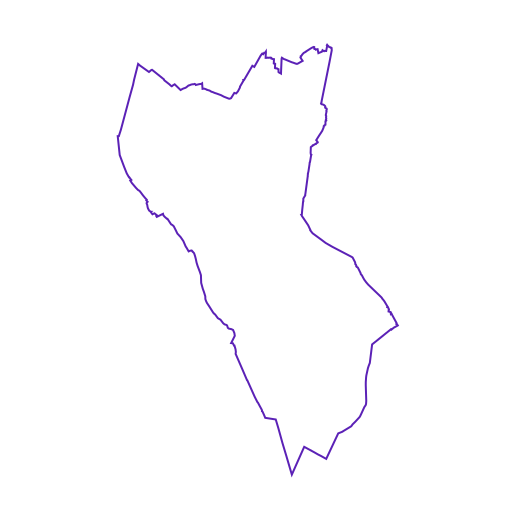 the district of Opsterland, Friesland, Netherlands, rotated 94°
{"feature_id": "6326949B72707200000476", "entity_name": "Opsterland", "entity_type": "district", "adm_level": 2, "iso_a3": "NLD", "parent_name": "Netherlands", "parent_adm1": "Friesland", "projection": "albers", "projection_center": [6.082, 53.047], "detail": "fine", "context": "isolated", "style": "outline", "palette": "violet", "viewbox_px": 512, "rotation_deg": 94, "n_neighbors": 0, "source": "geoboundaries", "source_scale": "gbopen_adm2", "svg_char_len": 5769}
<svg xmlns="http://www.w3.org/2000/svg" viewBox="0 0 512 512"><g transform="rotate(94 256 256)"><path d="M334.4,272.2L337.1,271.6L344.6,274.7L344.7,273.0L347.1,271.5L347.0,271.2L350.5,269.9L353.1,269.4L355.1,269.5L355.6,269.2L369.8,261.8L380.5,256.3L380.6,256.0L396.5,247.5L401.0,244.8L401.4,244.6L402.2,243.8L405.4,241.8L409.0,239.5L409.8,239.2L410.4,239.2L410.5,238.9L411.2,238.4L413.8,237.0L416.8,235.5L417.7,224.9L425.9,221.8L440.9,216.5L453.3,211.8L471.6,205.0L443.0,194.6L447.8,184.1L449.6,180.4L450.9,177.3L453.5,171.8L427.2,161.6L425.3,157.6L425.2,157.6L423.3,154.9L419.2,149.1L417.2,147.9L414.4,145.4L409.4,141.4L408.4,140.9L406.4,140.1L399.2,137.4L397.5,136.4L397.4,136.3L396.4,136.0L395.8,135.9L392.9,135.9L383.1,136.9L377.2,137.5L374.0,137.7L369.4,137.7L367.5,137.6L360.0,136.5L357.3,135.8L354.8,135.0L336.1,134.0L319.6,116.2L320.0,115.8L317.7,113.3L317.1,112.3L315.4,109.7L314.3,110.5L314.0,111.3L313.1,111.1L304.8,116.4L304.5,116.5L303.2,117.4L303.6,117.6L302.6,117.8L302.1,119.9L300.4,119.7L300.4,119.9L299.7,119.9L299.3,120.0L298.3,120.6L298.1,120.8L298.0,121.0L297.8,121.0L297.8,121.5L297.1,121.4L293.2,124.1L292.3,124.7L290.7,126.1L289.5,127.3L289.0,127.5L288.5,128.0L276.8,142.0L274.6,144.2L272.0,146.4L270.5,147.4L267.9,149.0L267.4,149.5L267.2,149.8L266.7,150.2L265.7,150.5L260.6,153.5L260.2,153.9L259.9,154.7L259.5,155.1L259.4,155.2L259.2,155.1L258.5,155.3L258.2,155.5L257.9,155.6L257.6,155.8L257.4,156.2L257.1,156.4L256.1,156.5L255.2,156.8L250.8,159.5L250.6,159.9L250.5,160.0L250.3,160.3L241.5,180.5L238.2,187.3L237.3,188.7L235.6,191.3L229.4,201.1L228.0,202.4L226.5,203.7L226.2,203.6L221.7,206.1L214.5,211.7L213.0,212.9L212.0,213.5L212.0,213.3L211.8,213.2L206.5,213.1L201.6,212.9L199.9,212.9L198.9,212.8L198.6,212.8L198.6,212.7L198.2,212.6L195.5,212.8L194.4,212.3L192.1,211.1L191.2,211.2L190.8,211.1L173.6,210.0L172.8,209.9L172.6,210.0L170.5,209.9L170.4,210.0L168.1,209.6L160.7,209.0L159.4,209.0L158.8,208.9L158.6,208.7L153.4,208.2L152.2,208.1L151.4,207.9L151.4,208.0L151.0,208.3L149.4,208.7L143.6,208.9L143.2,208.6L142.1,207.2L141.6,207.1L141.4,206.3L140.9,205.8L140.7,205.3L140.1,204.6L140.1,204.1L139.7,204.0L138.4,202.3L138.2,202.3L136.2,204.0L131.2,201.3L126.6,198.7L123.0,197.5L121.7,197.5L121.3,197.2L121.2,196.8L120.7,196.7L120.2,195.9L116.6,196.1L116.3,195.9L116.1,195.4L115.7,195.3L115.1,195.8L114.7,195.7L113.7,195.5L113.1,195.8L112.6,195.8L111.5,195.7L111.3,195.8L111.0,196.1L110.4,196.2L106.8,195.7L106.6,195.7L106.3,196.0L104.5,195.6L104.3,195.7L103.9,196.0L103.5,197.0L103.3,197.3L103.1,197.4L101.9,197.3L101.6,197.5L100.7,198.6L100.2,199.8L100.1,200.1L100.1,200.6L100.0,201.2L99.8,201.5L99.3,201.8L97.8,201.3L97.4,201.4L57.3,196.2L45.6,194.8L43.8,195.0L43.3,195.1L43.3,195.5L42.9,195.6L42.6,196.3L42.6,197.0L42.4,197.6L41.4,198.6L41.1,199.2L40.4,199.8L40.6,199.9L40.7,199.6L40.9,199.6L46.6,200.3L46.6,202.5L46.9,202.6L46.8,202.9L46.1,204.0L47.6,204.5L49.3,207.9L45.4,209.0L45.7,209.9L45.7,210.4L45.9,210.7L45.5,210.9L45.4,212.2L44.9,212.4L43.5,212.5L43.4,212.9L43.9,214.0L44.7,215.3L48.8,220.8L49.0,220.8L50.1,222.6L51.9,224.0L52.9,224.5L53.2,224.8L53.6,225.3L54.3,225.1L54.5,225.2L54.8,225.5L55.4,225.2L58.1,223.1L58.5,223.7L61.4,228.1L61.4,228.9L61.5,229.1L60.6,232.2L60.2,233.9L57.8,241.0L57.7,241.7L56.4,244.0L57.0,244.2L58.8,244.2L72.3,243.8L71.2,246.1L70.9,246.4L68.1,246.6L67.9,247.2L67.7,247.9L67.4,248.1L67.3,248.3L67.4,249.0L67.4,249.6L67.3,250.1L67.2,250.2L62.9,250.3L62.8,250.5L62.8,251.5L62.7,251.7L58.4,251.8L58.3,253.4L58.0,253.7L58.0,254.5L57.8,254.6L57.2,254.7L57.1,254.9L57.1,255.7L57.3,256.8L57.4,257.1L57.3,258.3L57.4,258.6L57.6,258.9L57.7,260.2L55.4,260.3L52.3,260.3L51.4,260.4L52.5,261.0L52.7,261.3L52.7,262.0L54.2,262.9L54.1,263.1L53.6,263.9L53.7,264.0L55.7,265.3L67.5,270.9L66.5,272.9L81.1,280.1L81.3,280.9L81.5,280.8L81.5,280.5L88.2,283.8L89.1,283.8L93.0,285.5L95.2,287.1L95.1,287.8L94.8,289.0L100.3,291.9L100.7,292.7L101.0,293.7L100.9,294.1L100.8,294.5L99.3,299.2L98.0,302.1L96.7,306.6L96.3,308.3L95.8,309.8L95.5,310.6L95.2,312.1L94.9,312.5L94.2,313.9L93.6,316.7L93.4,316.8L92.7,319.1L92.7,320.0L92.8,320.3L92.9,320.5L93.0,321.0L87.5,321.8L87.9,322.3L88.2,322.9L88.5,324.5L89.6,328.0L89.0,328.4L88.7,328.9L88.6,329.2L89.0,330.2L89.2,331.7L89.3,331.9L89.6,332.9L90.4,334.4L90.5,334.9L90.6,335.2L92.6,337.3L93.3,338.4L93.8,339.7L94.4,340.9L95.7,342.8L90.4,349.1L91.5,350.7L92.4,351.6L92.6,351.9L92.6,352.0L91.6,353.4L90.9,354.2L87.1,359.8L86.3,360.1L86.2,360.2L77.5,372.7L77.6,373.0L77.7,373.3L79.9,375.6L74.0,385.2L73.4,385.9L72.6,387.0L88.6,389.9L93.8,390.6L106.0,393.1L139.5,399.6L146.0,401.2L146.1,402.3L164.8,399.0L176.2,393.8L182.6,390.7L185.6,388.7L186.4,388.1L186.3,387.9L188.2,386.3L188.8,385.7L189.5,386.7L192.0,384.8L193.2,383.6L196.3,380.6L198.1,378.6L198.5,378.1L198.9,377.2L199.2,376.7L200.7,375.3L202.7,373.6L203.7,372.7L205.8,370.7L207.5,368.9L208.2,369.3L209.5,367.9L210.7,368.8L211.2,368.8L212.5,368.1L214.6,367.6L216.0,367.1L218.1,365.8L219.2,364.1L219.2,363.9L219.4,364.1L221.6,362.2L220.5,360.3L222.4,357.5L222.6,357.3L223.2,358.2L223.9,357.7L220.4,351.7L221.9,351.2L223.2,349.9L224.9,347.7L225.2,347.3L225.1,346.9L230.2,343.0L230.4,342.8L230.8,341.8L231.2,341.2L232.1,340.1L236.3,337.6L239.1,336.0L242.4,332.5L246.2,329.5L251.6,326.7L251.9,326.4L252.4,326.0L253.0,325.6L256.1,323.5L255.3,322.0L255.1,320.9L255.0,320.6L255.9,319.8L255.8,319.7L257.5,318.0L258.6,317.5L260.3,316.8L263.3,315.8L266.8,314.8L269.9,313.6L276.0,310.8L279.0,309.6L286.7,308.8L292.4,306.8L295.3,305.5L299.7,303.8L302.5,303.5L304.4,302.7L306.2,301.7L309.7,299.0L315.7,294.6L316.2,293.9L316.7,293.5L316.7,293.3L317.4,292.5L320.7,289.7L322.0,287.0L325.4,284.0L326.4,282.6L326.8,280.8L327.3,280.0L329.6,279.1L330.3,278.1L330.7,275.4L331.4,273.7L334.4,272.2Z" fill="none" stroke="#5b21b6" stroke-width="2"/></g></svg>